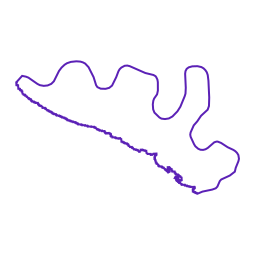 the district of Nigua, San Cristóbal, Dominican Republic, rotated 87°
{"feature_id": "3306468B31162099816687", "entity_name": "Nigua", "entity_type": "district", "adm_level": 2, "iso_a3": "DOM", "parent_name": "Dominican Republic", "parent_adm1": "San Cristóbal", "projection": "mercator", "projection_center": [-70.067, 18.358], "detail": "fine", "context": "isolated", "style": "outline", "palette": "violet", "viewbox_px": 256, "rotation_deg": 87, "n_neighbors": 0, "source": "geoboundaries", "source_scale": "gbopen_adm2", "svg_char_len": 5845}
<svg xmlns="http://www.w3.org/2000/svg" viewBox="0 0 256 256"><g transform="rotate(87 128 128)"><path d="M177.2,23.6L173.4,22.5L167.0,19.5L164.6,18.8L160.8,19.2L158.6,20.4L156.8,22.0L155.4,23.9L152.4,29.5L147.8,35.8L146.3,39.1L146.2,40.3L146.8,42.6L152.1,49.4L153.3,51.7L153.8,54.2L153.5,56.8L152.4,59.0L149.8,61.7L147.6,62.9L140.1,65.9L137.9,66.2L135.7,65.7L128.8,62.2L125.0,58.5L119.6,54.4L113.9,47.5L110.3,46.0L101.8,45.3L85.1,45.2L79.3,45.6L76.5,46.4L74.3,47.7L72.4,49.4L71.0,51.5L69.9,55.4L69.8,60.6L70.6,64.2L72.0,66.3L74.2,67.6L76.8,68.1L90.9,68.2L96.7,68.8L99.2,69.7L109.5,74.6L114.0,77.8L118.8,83.0L120.6,86.7L121.0,90.6L120.4,94.1L119.1,96.1L114.0,100.8L110.7,101.9L105.7,102.0L102.1,101.3L100.0,100.4L95.9,97.2L92.2,96.2L83.8,95.8L81.2,96.1L78.8,97.1L77.7,97.8L76.4,99.8L74.0,107.8L66.3,123.1L65.6,125.5L65.7,128.1L67.3,131.5L68.9,133.3L70.9,134.6L76.6,137.1L84.8,141.7L86.9,144.6L87.7,148.3L87.3,153.2L85.6,156.4L83.6,157.6L75.4,159.7L65.2,164.2L61.4,167.4L60.1,169.6L59.2,172.1L58.7,176.1L59.0,181.6L60.1,185.5L61.5,188.0L64.2,191.2L67.4,193.9L77.5,199.6L79.9,202.3L81.3,206.0L81.5,209.9L80.6,213.8L79.2,216.2L72.5,224.8L71.4,227.2L70.4,231.0L76.0,236.6L76.7,236.6L76.7,237.2L79.3,237.2L79.3,236.1L79.8,236.1L79.8,235.5L83.0,235.5L83.0,234.4L83.5,234.4L83.5,233.8L84.6,233.8L84.6,232.7L85.1,232.7L85.1,232.2L86.1,232.2L86.1,231.6L88.2,231.6L88.8,230.5L89.3,230.5L89.3,229.4L89.8,229.4L89.8,228.9L90.4,228.9L90.4,228.3L91.4,227.8L91.4,227.2L91.9,227.2L92.5,226.1L93.0,226.1L93.0,225.5L93.5,225.5L93.5,225.0L94.0,225.0L94.0,223.9L94.6,223.9L94.6,223.3L95.6,223.3L95.6,222.8L96.1,222.8L96.1,222.2L96.7,222.2L96.7,220.6L97.2,220.6L97.2,220.0L97.7,220.0L97.7,218.9L98.2,218.9L98.2,216.7L99.3,216.7L99.3,216.1L100.3,216.1L100.3,215.6L100.9,215.6L100.9,214.5L101.4,214.5L101.4,213.4L101.9,213.4L102.4,212.3L103.5,212.3L103.5,210.0L104.0,210.0L104.0,209.5L104.5,209.5L104.5,208.9L105.1,208.9L105.6,207.8L106.1,207.8L106.1,206.7L106.6,206.7L106.6,206.2L107.2,206.2L107.2,205.1L107.7,205.1L107.7,203.9L108.2,203.9L108.2,203.4L108.7,203.4L108.7,202.8L109.3,202.8L109.3,202.3L109.8,202.3L109.8,201.2L110.3,201.2L110.3,199.5L110.8,199.5L110.8,199.0L111.4,199.0L111.4,198.4L111.9,198.4L111.9,196.2L112.4,196.2L112.4,195.1L113.0,195.1L113.0,194.0L113.5,194.0L113.5,193.4L114.0,193.4L114.0,191.8L114.5,191.8L114.5,190.7L115.1,190.7L115.1,189.6L115.6,189.6L115.6,189.0L116.1,189.0L116.1,188.4L116.6,188.4L116.6,187.9L117.2,187.9L117.2,186.2L117.7,186.2L117.7,185.1L118.2,185.1L118.2,184.0L118.7,184.0L118.7,182.4L119.3,182.4L119.3,180.7L119.8,180.7L119.8,179.6L120.3,179.6L120.3,179.0L120.8,179.0L120.8,177.9L121.4,177.9L121.4,177.4L121.9,177.4L121.9,174.6L122.4,174.6L122.4,173.5L122.9,173.5L122.9,170.7L123.5,170.7L123.5,168.5L124.0,168.5L124.0,168.0L124.5,168.0L124.5,164.6L125.0,164.6L125.0,161.9L125.6,161.9L125.6,160.8L126.1,160.8L126.1,160.2L126.6,160.2L127.1,159.1L127.7,159.1L127.7,158.0L128.2,158.0L128.2,156.9L128.7,156.9L128.7,156.3L129.2,156.3L129.2,154.1L129.8,154.1L129.8,151.9L130.3,151.9L130.3,151.3L131.3,151.3L131.3,150.8L131.9,150.8L131.9,150.2L132.4,150.2L132.4,149.7L131.9,149.7L131.9,149.1L132.4,149.1L132.4,148.6L131.9,148.6L131.9,147.5L132.4,147.5L132.4,146.4L132.9,146.4L132.9,145.8L133.4,145.8L133.4,145.3L134.0,145.3L134.0,145.8L135.0,145.8L135.0,145.3L135.6,145.3L135.6,144.1L136.6,144.1L136.6,141.4L137.1,141.4L137.1,140.3L137.7,140.3L137.7,138.1L138.2,138.1L138.2,137.5L137.7,137.5L137.7,136.4L138.2,136.4L138.7,135.3L141.3,135.3L141.3,134.2L141.9,134.2L141.9,133.1L142.4,133.1L142.4,132.5L142.9,132.5L142.9,131.4L143.4,131.4L143.4,129.7L144.0,129.7L144.0,129.2L144.5,129.2L144.5,128.6L145.5,128.6L145.5,128.1L146.1,128.1L146.6,127.0L147.1,127.0L147.1,125.3L147.6,125.3L147.6,124.8L148.2,124.8L148.2,124.2L148.7,124.2L149.2,123.1L149.7,123.1L149.7,121.4L150.3,121.4L150.3,119.8L150.8,119.8L150.8,119.2L151.3,119.2L151.8,118.1L152.4,118.1L152.4,117.6L151.8,117.6L151.3,116.5L150.3,116.5L150.3,114.8L150.8,114.8L150.8,113.7L151.3,113.7L151.3,112.0L151.8,112.0L151.8,110.9L153.9,110.9L154.5,109.8L155.0,109.8L155.0,107.0L155.5,107.0L155.5,106.5L156.1,106.5L156.1,105.4L155.5,105.4L155.5,103.7L155.0,103.7L155.0,100.9L156.1,100.9L156.1,101.5L156.6,101.5L156.6,102.1L157.1,102.1L157.1,102.6L158.7,102.6L158.7,103.2L160.3,103.2L160.3,102.6L161.8,102.6L161.8,102.1L163.9,102.1L163.9,101.5L165.0,101.5L165.0,100.9L165.5,100.9L166.0,99.8L167.1,99.8L167.1,99.3L167.6,99.3L167.6,98.7L168.1,98.7L168.1,96.5L168.7,96.5L168.7,96.0L169.2,96.0L169.2,94.9L169.7,94.9L169.7,94.3L170.2,94.3L170.8,93.2L171.3,93.2L171.3,92.6L171.8,92.6L171.8,92.1L172.3,92.1L172.3,91.5L172.9,91.5L172.9,91.0L173.4,91.0L173.4,90.4L173.9,90.4L173.9,89.9L174.4,89.9L173.9,88.8L172.9,88.8L172.9,89.3L171.3,89.3L171.3,89.9L170.8,89.9L170.8,90.4L169.2,90.4L169.2,88.8L170.2,88.8L170.2,88.2L170.8,88.2L170.8,87.7L171.3,87.7L171.3,86.6L172.9,86.6L172.9,86.0L173.9,86.0L173.9,83.8L175.0,83.8L175.0,83.2L176.0,83.2L176.0,82.7L176.6,82.7L176.6,82.1L177.1,82.1L177.1,80.5L177.6,80.5L177.6,79.9L178.1,79.9L178.6,78.8L179.2,78.8L179.2,78.2L179.7,78.2L180.2,77.1L182.9,77.1L182.9,78.2L183.4,78.2L183.4,79.3L182.3,79.3L181.8,80.5L180.2,80.5L180.2,81.0L179.7,81.0L179.7,81.6L179.2,81.6L179.2,83.2L180.2,83.8L180.2,83.2L180.8,83.2L180.8,82.7L182.3,82.7L182.3,82.1L183.4,82.1L183.4,81.0L184.4,81.0L184.4,79.9L185.5,79.9L185.5,78.8L186.0,78.8L186.5,77.7L187.1,77.7L187.1,77.1L187.6,77.1L187.6,74.4L188.1,74.4L188.1,73.8L188.6,73.8L188.6,72.1L189.2,72.1L189.2,70.5L189.7,70.5L189.7,68.8L190.2,68.8L190.2,64.9L190.7,64.9L190.7,64.4L191.3,64.4L191.3,64.9L191.8,64.9L191.8,65.5L192.3,65.5L192.3,66.1L192.8,66.1L192.8,66.6L194.9,66.6L194.9,65.5L195.5,65.5L195.5,64.4L196.0,64.4L196.0,63.8L196.5,63.8L196.5,62.7L197.1,62.7L197.3,62.2L195.4,56.9L193.9,47.1L192.8,43.5L191.2,41.8L185.8,39.1L184.3,37.6L180.8,28.8L177.2,23.6Z" fill="none" stroke="#5b21b6" stroke-width="2"/></g></svg>